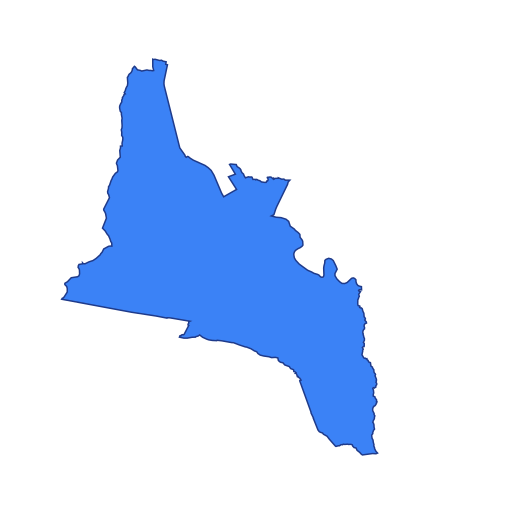 Berca, Buzau, Romania, rotated 201°
{"feature_id": "2599482B72560030145158", "entity_name": "Berca", "entity_type": "district", "adm_level": 2, "iso_a3": "ROU", "parent_name": "Romania", "parent_adm1": "Buzau", "projection": "robinson", "projection_center": [26.655, 45.298], "detail": "fine", "context": "isolated", "style": "filled", "palette": "blue", "viewbox_px": 512, "rotation_deg": 201, "n_neighbors": 0, "source": "geoboundaries", "source_scale": "gbopen_adm2", "svg_char_len": 6101}
<svg xmlns="http://www.w3.org/2000/svg" viewBox="0 0 512 512"><g transform="rotate(201 256 256)"><path d="M437.1,359.4L436.9,358.5L437.5,356.0L437.1,355.2L437.2,353.4L436.5,351.7L436.9,349.8L437.0,347.2L436.7,346.1L436.2,345.0L434.6,342.5L433.0,341.6L432.5,340.1L430.4,336.7L429.9,334.5L427.7,329.7L427.0,327.4L427.0,325.5L425.7,323.5L424.6,320.4L423.1,319.3L422.5,318.2L421.9,316.1L421.5,313.3L420.3,310.8L421.9,310.0L421.2,308.3L421.0,305.7L418.1,299.6L419.6,296.0L419.6,292.8L419.3,292.2L417.8,290.7L415.5,286.3L415.5,284.9L416.9,282.8L418.1,278.4L418.1,276.0L418.3,274.7L418.1,269.6L418.5,267.7L418.0,266.6L417.6,262.8L416.8,261.4L415.5,260.4L413.7,257.9L415.0,245.2L414.6,244.3L412.5,242.6L411.5,241.5L409.2,237.7L409.3,227.0L405.7,225.3L402.7,223.0L400.8,222.0L398.2,219.3L396.8,217.5L395.4,216.5L394.1,213.6L396.6,212.6L397.3,212.0L400.7,208.0L401.0,204.4L401.8,202.4L401.8,201.5L404.4,196.4L406.6,193.3L409.7,190.8L412.8,187.5L414.4,186.9L415.4,187.4L415.0,186.6L418.2,184.7L418.4,183.3L418.0,181.6L416.8,180.8L415.9,179.8L414.3,176.1L414.2,174.7L414.2,174.1L415.1,172.7L420.7,169.5L422.8,164.4L424.6,162.1L424.5,161.3L424.0,160.7L422.0,159.8L421.4,159.2L420.5,157.9L419.3,154.7L420.4,149.3L420.8,148.0L421.7,147.1L421.9,146.0L352.0,158.9L327.6,164.2L316.9,166.1L316.9,166.5L314.3,167.4L294.4,171.4L295.3,170.5L294.7,169.3L295.0,168.1L294.8,167.3L293.9,167.1L295.0,157.2L295.3,156.6L296.6,156.1L297.3,155.5L297.3,154.9L298.4,154.3L298.4,152.8L293.8,153.5L290.7,154.7L286.6,157.2L283.4,158.6L283.3,159.1L281.3,160.6L280.3,162.1L276.7,161.0L272.1,160.7L270.0,160.8L266.6,161.5L262.3,162.9L262.1,163.4L257.4,164.6L247.4,166.5L246.0,167.0L239.8,167.0L233.3,167.3L232.3,167.6L227.4,167.6L223.4,166.8L221.6,166.9L220.5,166.6L219.4,165.7L216.6,165.0L213.0,165.4L207.7,166.6L205.1,166.7L201.6,168.3L199.1,168.7L197.7,166.5L196.1,165.8L194.7,165.6L192.7,166.0L190.1,164.6L185.3,164.7L183.3,163.3L180.4,163.3L179.9,163.0L179.3,161.7L177.8,161.8L176.8,161.4L177.1,160.6L176.5,160.8L175.4,159.9L174.5,158.6L174.1,158.7L173.9,158.2L173.4,158.5L172.8,158.0L171.3,157.6L170.1,156.8L169.5,156.2L170.4,155.6L170.5,155.2L148.9,130.2L148.3,129.1L144.3,125.3L144.4,125.1L135.8,115.8L134.0,114.7L132.7,114.5L130.4,114.6L129.2,113.8L125.0,113.2L122.0,111.3L113.6,106.9L113.1,106.9L111.2,108.3L110.0,108.8L109.1,110.3L107.4,110.9L107.2,111.5L106.8,111.7L105.6,111.9L103.0,113.2L102.2,113.2L99.9,114.2L98.4,114.2L97.6,113.2L95.8,112.3L93.8,112.6L92.0,110.8L88.7,109.8L87.1,108.9L85.4,108.4L76.3,113.4L73.1,114.4L71.9,115.6L74.0,116.6L76.1,118.5L76.8,119.7L78.0,120.9L78.2,122.0L79.8,124.2L80.8,126.1L82.3,127.4L83.5,129.5L83.8,130.4L83.3,132.0L83.7,132.7L83.8,135.6L83.3,136.6L83.4,137.0L84.4,138.4L85.4,140.7L86.5,142.1L87.3,142.5L87.5,144.2L87.2,146.3L87.4,147.4L87.8,148.0L87.7,149.3L88.9,150.2L89.3,151.3L91.5,153.3L92.3,155.0L92.4,157.0L92.0,157.7L92.1,158.0L91.2,159.0L90.8,160.7L91.0,161.8L90.7,162.2L90.9,162.8L90.8,163.2L91.4,163.3L91.8,164.8L94.0,166.3L94.6,167.2L96.3,167.2L97.0,169.1L97.0,170.3L98.4,173.0L99.5,174.1L99.3,175.1L98.0,175.2L97.8,176.0L97.2,176.4L97.6,178.1L97.2,179.1L97.7,180.4L98.7,181.0L98.8,182.3L99.1,182.6L99.0,183.3L99.6,184.3L101.9,186.8L102.0,188.3L102.6,188.8L103.8,189.4L104.8,190.9L105.1,191.9L106.9,193.1L107.5,194.0L109.3,194.5L110.9,197.4L111.3,197.5L112.2,197.3L113.3,197.9L114.0,198.7L115.2,199.0L115.7,199.9L116.5,199.5L117.3,199.8L118.2,199.4L119.0,199.6L121.7,201.8L122.3,205.6L122.7,206.2L122.5,207.4L123.9,208.7L123.2,210.1L122.7,210.2L122.7,210.7L123.6,213.1L124.8,213.8L124.6,216.2L125.3,218.0L126.2,218.7L126.6,219.5L128.0,221.4L128.1,221.9L128.7,222.4L129.3,224.3L129.1,226.2L128.6,226.8L129.0,228.1L129.9,229.1L130.3,230.6L129.9,232.0L128.8,233.0L129.4,234.0L131.4,235.1L131.5,235.5L131.3,236.5L132.4,237.6L133.2,237.9L134.8,241.2L136.4,242.7L137.9,244.8L139.0,245.3L139.7,245.0L140.8,245.1L140.9,246.2L141.2,246.5L142.8,246.3L143.4,246.9L144.0,248.1L145.3,251.7L145.1,252.7L145.3,254.0L145.1,255.3L146.4,257.1L145.7,260.1L147.0,260.0L147.9,260.7L147.4,261.6L145.3,262.2L146.6,265.2L148.6,264.9L150.3,265.0L152.2,266.2L153.6,268.1L154.2,269.6L155.9,270.4L157.4,270.4L158.8,269.4L161.4,263.9L163.3,262.1L166.0,261.2L168.8,262.0L172.3,263.6L175.2,265.9L176.0,267.9L175.5,272.8L178.1,275.6L182.2,279.4L184.5,280.2L187.3,279.9L189.4,278.0L190.1,276.6L189.3,274.0L189.0,271.1L188.5,269.0L185.8,262.7L185.6,261.4L185.8,260.5L186.5,259.9L187.5,259.6L188.8,259.9L190.3,260.7L191.8,260.9L195.7,260.6L198.2,261.0L202.7,261.2L212.7,263.9L217.3,266.2L219.5,268.0L220.7,269.9L221.5,271.5L221.6,273.6L221.2,275.3L219.5,277.8L217.6,279.8L216.4,281.8L216.1,283.0L217.7,286.5L218.7,287.5L221.5,289.2L222.8,291.9L225.1,293.0L228.4,294.0L229.9,294.9L234.7,296.1L237.9,300.0L241.2,301.1L246.4,300.8L251.1,299.4L256.0,298.9L254.1,301.0L254.4,306.8L254.3,309.8L252.2,334.1L252.5,336.6L251.6,338.9L255.8,337.3L257.5,337.8L259.6,336.9L263.1,337.0L262.9,336.6L266.2,335.2L266.5,334.5L267.4,334.9L267.4,334.0L269.9,335.0L271.3,334.8L271.9,334.3L273.2,333.8L273.6,333.4L273.4,333.0L272.6,332.6L272.0,331.6L272.1,330.2L272.8,329.9L272.9,328.4L274.3,327.8L277.5,327.1L279.4,327.7L281.0,327.5L282.8,327.8L283.5,327.0L284.1,327.3L286.3,326.4L287.9,328.1L288.4,328.2L290.3,327.4L291.5,327.2L293.9,325.2L296.0,326.8L297.0,328.0L299.0,328.8L300.6,330.3L300.8,330.8L302.0,331.7L303.3,332.2L305.7,332.7L307.2,334.3L312.6,332.8L313.5,332.0L304.6,325.0L310.1,320.1L298.0,311.2L307.4,299.7L310.7,302.4L324.2,316.4L328.5,319.8L332.2,321.3L336.1,322.3L348.8,323.0L352.4,323.7L354.8,324.5L355.6,324.4L356.5,323.1L357.8,323.7L358.4,324.6L365.9,329.6L402.7,382.0L403.7,383.9L404.6,386.6L407.2,402.8L409.0,402.6L409.5,405.1L412.7,404.6L414.4,404.9L416.0,404.0L420.7,403.5L422.2,402.7L422.9,402.7L420.2,395.7L418.0,392.5L419.1,391.8L420.9,391.5L422.3,390.9L424.5,390.6L429.0,387.7L430.4,387.8L433.4,387.3L436.4,389.2L437.5,389.5L438.5,386.5L438.1,385.2L438.2,383.1L438.7,381.7L439.5,380.4L439.8,379.0L439.7,377.9L440.1,376.7L437.7,371.5L437.2,369.4L437.1,368.6L437.4,367.5L437.5,365.4L437.3,363.2L437.6,361.3L436.2,360.5L436.7,360.1L437.1,359.4Z" fill="#3b82f6" stroke="#1e3a8a" stroke-width="1.5"/></g></svg>